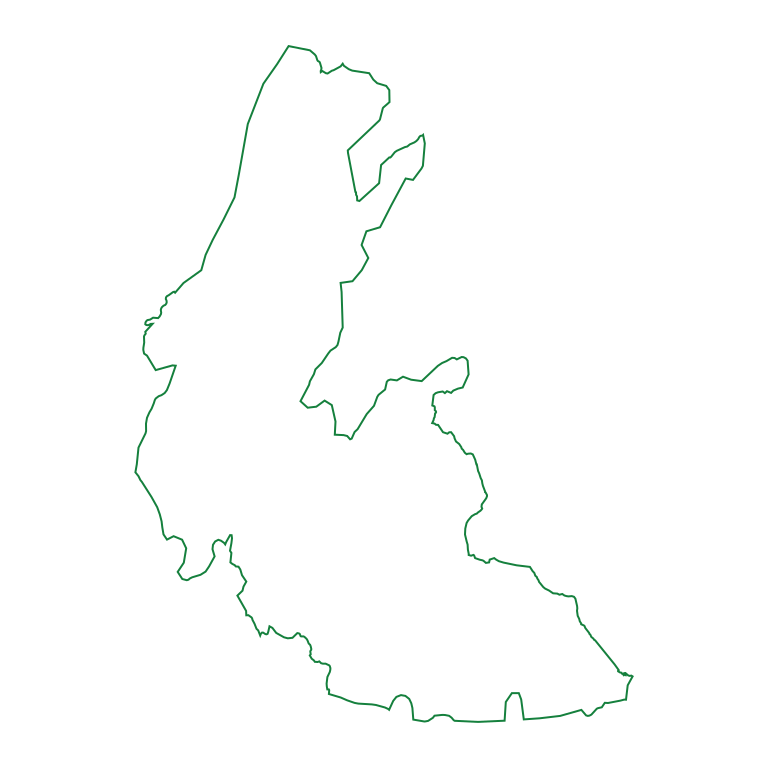 the district of Lower Manya, Eastern, Ghana
{"feature_id": "2480657B54302337253194", "entity_name": "Lower Manya", "entity_type": "district", "adm_level": 2, "iso_a3": "GHA", "parent_name": "Ghana", "parent_adm1": "Eastern", "projection": "equal_earth", "projection_center": [0.033, 6.213], "detail": "fine", "context": "isolated", "style": "outline", "palette": "green", "viewbox_px": 768, "rotation_deg": 0, "n_neighbors": 0, "source": "geoboundaries", "source_scale": "gbopen_adm2", "svg_char_len": 6098}
<svg xmlns="http://www.w3.org/2000/svg" viewBox="0 0 768 768"><path d="M529.9,566.9L516.6,565.3L503.6,562.6L498.9,561.2L496.1,559.6L494.2,558.1L489.7,559.6L489.1,562.4L485.9,562.9L483.5,560.8L482.4,560.3L479.7,559.7L475.1,558.1L474.1,555.4L473.4,554.9L471.1,555.7L468.7,555.0L468.7,553.7L467.9,549.7L467.6,544.6L466.7,541.6L465.0,534.5L465.3,528.5L466.6,523.0L468.1,520.5L471.7,516.2L475.0,514.2L476.8,513.6L477.9,512.5L480.5,510.7L481.7,509.4L482.2,508.6L481.5,506.8L481.8,504.4L486.2,498.3L487.0,496.2L487.0,495.1L485.7,492.6L485.1,492.2L485.2,491.8L482.9,485.7L482.3,483.3L481.9,480.4L480.7,478.1L479.2,473.4L478.1,471.0L476.8,464.4L476.4,464.4L475.2,459.7L472.8,454.4L470.8,453.5L468.0,453.7L466.6,454.2L464.8,452.7L463.1,449.9L461.7,448.6L461.3,447.2L459.2,444.0L456.0,441.5L454.6,438.4L454.1,436.2L451.1,432.2L449.2,432.3L447.5,433.7L443.0,432.2L438.1,424.9L436.0,424.8L434.6,423.6L432.2,423.1L433.6,420.0L433.9,418.3L434.6,417.2L435.1,413.4L435.8,412.8L436.1,412.0L435.8,411.1L434.8,410.2L434.8,407.2L434.4,406.3L432.3,405.5L433.6,395.0L435.6,393.2L438.0,392.3L442.7,391.5L444.9,393.1L447.0,391.2L451.1,392.9L453.3,390.6L458.0,388.6L462.7,387.5L468.6,374.4L467.6,360.7L465.9,358.4L463.6,357.2L461.7,357.0L456.8,359.4L454.6,358.0L452.1,357.8L446.5,361.1L442.1,363.0L437.8,365.9L421.7,381.1L411.1,379.7L403.0,376.7L396.9,380.4L390.6,379.5L388.2,380.3L386.8,381.8L385.1,389.5L378.6,394.8L377.3,396.8L374.0,405.8L366.7,414.1L357.6,429.2L354.6,432.0L351.7,438.6L350.1,439.3L347.2,436.0L343.6,435.1L334.8,434.7L335.5,421.5L331.8,405.1L324.6,400.6L316.3,406.7L307.7,407.7L300.5,401.2L309.1,384.8L309.9,381.3L313.9,374.2L315.4,369.4L321.8,363.0L328.3,353.4L330.5,350.6L335.8,347.1L337.5,345.0L338.5,341.4L340.3,332.7L342.7,327.6L341.6,292.0L340.6,282.9L352.5,281.2L361.8,270.1L368.3,258.0L361.6,245.0L366.4,231.3L380.1,227.2L391.4,205.1L405.7,178.5L413.0,179.9L421.5,168.5L422.9,165.8L424.8,143.4L423.1,134.9L422.4,135.6L420.4,135.9L419.3,137.0L418.1,139.2L416.4,141.0L414.4,142.4L409.8,144.4L407.3,146.5L404.9,147.1L396.8,150.8L394.8,152.2L391.2,156.7L390.3,157.5L389.3,157.4L381.1,165.0L379.1,183.2L359.4,201.0L357.2,200.4L357.0,196.3L356.1,194.8L356.0,192.3L355.4,192.0L355.3,191.5L348.0,152.9L347.8,150.4L379.4,120.4L380.0,119.3L382.8,108.3L383.2,107.6L389.5,102.1L389.3,90.1L386.2,85.9L377.2,83.2L373.3,79.6L369.2,73.2L352.2,70.6L348.8,69.2L343.9,65.8L342.7,63.7L340.6,66.4L333.6,70.2L331.9,70.7L327.6,73.5L325.9,73.2L322.3,71.0L320.8,72.1L320.7,71.0L321.1,70.3L321.5,68.0L320.0,62.9L319.5,61.9L317.8,60.9L317.3,60.1L316.0,56.1L314.8,54.5L309.9,50.3L288.6,46.1L277.2,64.0L263.4,83.7L247.8,124.0L238.8,174.7L234.5,197.4L223.6,219.4L212.7,239.9L205.6,254.9L201.3,270.2L183.5,283.0L175.1,292.7L174.2,291.7L173.0,292.1L168.9,295.1L166.9,296.2L166.0,297.4L165.8,299.0L166.5,300.5L166.7,302.2L166.3,303.6L165.3,304.9L163.5,305.7L161.9,307.2L161.2,308.4L160.8,309.9L161.2,312.7L160.9,314.2L159.6,316.5L158.1,318.1L153.1,317.7L150.1,319.6L147.4,320.1L146.4,321.0L145.5,322.4L145.3,324.3L146.1,324.9L147.2,325.2L149.0,324.9L150.7,323.9L152.6,323.8L145.3,331.8L145.7,333.7L144.4,335.4L144.0,336.5L144.2,342.6L143.4,347.7L143.3,349.9L144.1,353.6L147.0,355.6L155.7,370.1L172.5,365.4L175.7,365.7L169.6,383.5L166.9,390.1L164.7,393.0L163.4,393.9L161.4,395.2L158.7,396.2L155.7,398.5L154.8,400.1L153.8,403.3L151.6,408.7L149.4,412.4L147.0,417.8L146.0,423.6L146.1,431.1L145.5,433.4L138.5,447.6L136.8,464.3L135.4,472.3L138.5,476.2L140.4,480.1L141.8,481.8L151.5,497.0L157.2,507.2L159.8,514.4L161.6,521.4L162.3,527.3L163.5,534.4L167.0,539.6L173.6,536.2L182.1,539.7L186.2,548.3L183.8,562.7L177.7,571.9L182.3,579.0L186.8,580.2L188.5,579.7L189.8,578.5L192.2,577.3L200.5,574.8L205.6,571.6L209.1,566.4L214.6,556.4L212.5,549.2L213.0,544.8L215.1,541.5L218.3,539.8L221.0,540.7L224.1,542.9L225.2,544.4L226.2,542.0L230.1,535.1L231.6,535.2L232.0,538.3L231.4,543.2L230.0,550.8L231.4,552.9L230.4,562.4L232.3,563.9L234.8,565.2L235.7,566.4L238.5,566.7L240.3,569.5L242.0,575.2L246.3,581.6L243.5,586.6L242.5,590.7L237.4,595.6L246.1,610.9L246.3,615.3L248.4,615.2L251.5,617.4L252.1,618.3L252.5,619.9L254.5,623.7L256.5,628.8L258.2,630.4L260.2,635.5L260.8,633.9L262.0,632.6L263.1,632.6L265.4,634.1L266.6,634.3L267.6,633.8L268.3,631.6L269.5,626.3L272.4,627.9L276.2,632.9L284.0,637.3L287.8,638.3L292.5,637.8L297.3,633.1L298.9,633.4L299.7,633.9L300.6,636.1L301.1,636.4L303.6,636.4L304.6,637.0L306.6,638.9L307.5,640.4L308.7,643.5L310.1,644.8L310.7,646.3L311.3,649.0L311.2,649.8L310.4,651.0L310.3,651.6L310.7,654.3L309.8,655.4L311.7,658.7L313.9,660.4L314.8,661.8L317.6,662.0L319.3,661.4L321.1,663.2L323.0,663.7L325.7,663.7L329.3,665.4L329.8,666.1L330.4,668.1L330.3,669.8L329.8,672.0L327.4,677.0L326.6,683.6L326.8,686.3L327.3,689.4L328.8,689.4L329.2,690.2L328.9,694.0L340.7,697.5L347.1,700.3L354.6,702.9L358.3,703.6L371.8,704.4L376.0,705.0L385.0,707.5L388.2,709.0L389.1,709.8L393.2,700.9L396.4,696.9L401.0,695.1L405.4,695.9L409.2,698.9L411.3,703.3L412.4,708.0L413.3,719.6L424.4,721.5L425.4,721.4L428.1,720.9L432.9,717.8L434.5,715.7L442.3,714.9L445.0,715.0L449.1,715.8L451.6,717.7L453.7,720.2L454.7,720.8L478.2,721.9L504.6,720.7L505.8,702.0L511.9,693.1L518.8,693.1L521.2,699.5L523.8,719.4L539.6,718.3L560.2,715.9L581.4,709.9L586.1,715.4L587.8,715.9L589.5,715.6L591.4,714.6L596.8,708.7L598.1,708.1L601.8,707.3L604.8,702.8L608.0,703.0L620.5,700.6L624.2,699.6L626.0,699.7L627.7,685.3L632.6,676.4L631.3,675.6L629.8,675.9L628.3,675.5L625.4,673.0L624.6,673.1L625.1,674.1L625.8,674.7L625.7,675.2L623.9,674.4L624.0,675.0L623.8,675.2L622.8,674.0L621.9,673.6L621.5,672.7L620.1,672.5L618.1,671.3L618.1,670.7L618.7,670.1L614.6,664.4L595.1,640.3L594.1,639.8L593.4,638.6L591.3,636.9L590.3,634.6L589.5,634.0L589.1,632.9L585.3,628.0L584.5,626.0L583.8,625.4L581.2,624.3L581.2,623.5L579.8,621.3L579.2,618.9L577.7,615.8L577.0,610.8L577.3,608.4L577.1,606.1L575.4,598.7L574.0,596.8L571.8,596.1L568.4,596.4L566.5,596.1L564.4,595.5L562.3,594.0L559.4,594.7L557.3,593.6L553.1,593.3L549.0,590.5L545.1,588.6L543.2,587.0L539.0,581.8L538.6,580.4L537.3,578.5L536.8,577.0L535.3,575.7L534.3,572.9L532.6,571.1L529.9,566.9Z" fill="none" stroke="#15803d" stroke-width="2"/></svg>